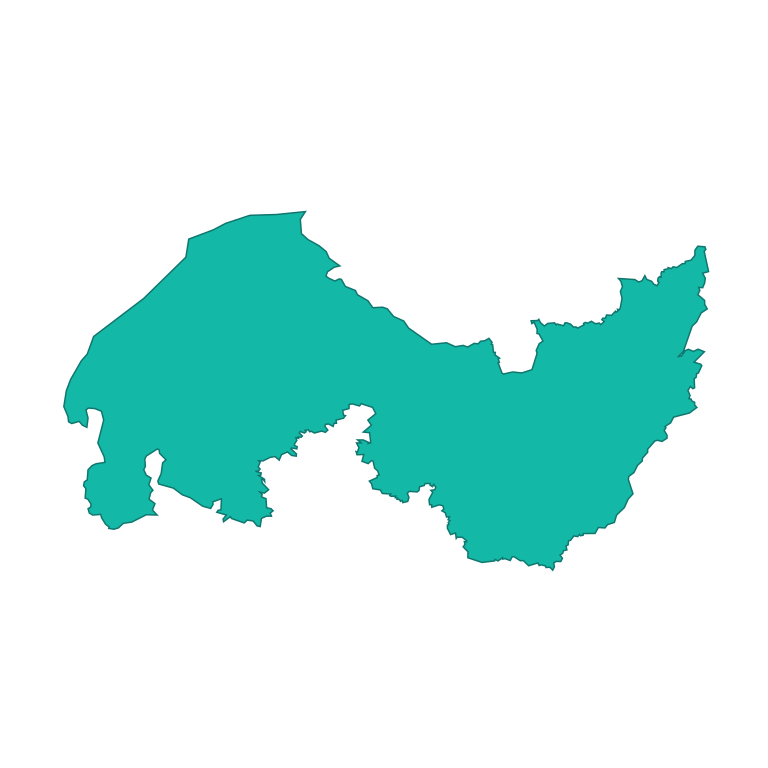 North East Gonja, Northern, Ghana (Robinson projection), rotated 99°
{"feature_id": "2480657B30922977157044", "entity_name": "North East Gonja", "entity_type": "district", "adm_level": 2, "iso_a3": "GHA", "parent_name": "Ghana", "parent_adm1": "Northern", "projection": "robinson", "projection_center": [-0.531, 8.741], "detail": "fine", "context": "isolated", "style": "filled", "palette": "teal", "viewbox_px": 768, "rotation_deg": 99, "n_neighbors": 0, "source": "geoboundaries", "source_scale": "gbopen_adm2", "svg_char_len": 6116}
<svg xmlns="http://www.w3.org/2000/svg" viewBox="0 0 768 768"><g transform="rotate(99 384 384)"><path d="M541.5,188.2L537.9,187.1L534.2,188.4L532.3,186.2L531.7,181.6L528.2,180.5L525.4,183.4L523.3,181.0L520.6,180.7L519.3,177.4L515.4,178.9L514.2,177.0L510.0,177.2L509.2,175.3L504.4,172.8L504.4,168.8L502.0,167.3L503.1,166.2L502.3,163.7L500.5,163.7L498.6,152.2L492.2,149.8L491.6,143.2L487.9,141.2L484.7,134.8L477.1,133.8L468.5,127.3L459.4,124.8L453.5,120.9L440.0,127.8L436.9,127.7L432.4,123.3L424.6,120.8L419.7,116.9L416.7,117.1L410.2,112.9L407.2,113.4L397.9,107.5L396.8,105.1L397.2,100.4L393.3,96.0L390.4,96.4L386.0,100.0L383.1,98.7L382.0,99.8L377.5,94.8L371.4,92.8L364.9,77.8L358.2,71.3L356.2,73.9L353.5,74.3L352.5,77.5L350.9,78.2L350.8,80.5L347.5,79.9L342.9,82.8L338.6,81.0L340.3,78.2L339.2,76.6L330.3,78.5L328.7,76.8L324.8,76.8L324.0,75.2L316.2,73.0L315.0,74.1L313.9,81.2L302.0,72.6L300.5,79.3L303.4,83.4L302.1,88.7L303.9,91.8L310.0,94.5L309.6,95.9L311.6,98.1L304.9,93.4L278.7,88.7L273.8,85.0L264.1,81.8L259.3,76.5L255.2,79.7L251.3,80.4L246.7,88.0L242.2,86.7L239.4,88.3L239.0,84.3L234.1,83.1L229.3,83.2L224.7,86.6L222.2,81.0L202.9,88.5L200.7,87.2L198.3,88.5L198.8,95.6L203.2,97.8L208.4,97.1L213.7,100.2L215.8,105.6L218.0,105.5L218.5,108.2L223.1,113.0L223.0,116.8L225.1,118.2L224.6,121.6L225.8,121.5L227.2,125.2L229.4,125.0L229.6,127.2L231.3,127.7L235.1,126.9L234.8,128.6L236.7,129.9L239.8,129.7L240.7,128.3L244.2,129.6L243.2,133.2L240.7,135.7L239.6,140.9L236.2,143.3L241.7,145.3L243.4,148.4L241.6,152.6L243.1,168.9L245.4,166.1L250.7,163.7L255.6,165.0L262.1,162.3L271.6,162.5L273.9,163.1L273.7,165.1L275.4,164.5L276.8,166.0L275.9,166.8L280.6,170.0L281.0,175.0L284.5,175.6L284.7,178.1L286.4,178.9L287.8,176.2L291.5,179.2L290.1,180.7L291.4,184.7L289.6,189.0L292.0,192.2L291.7,194.8L293.0,196.4L294.3,195.7L298.5,201.5L297.5,203.4L298.3,205.4L295.7,209.1L295.0,212.8L295.2,214.7L298.3,215.7L297.7,222.5L298.7,223.2L296.9,225.1L298.6,231.8L301.6,234.6L299.0,239.0L295.9,241.2L297.3,242.3L298.5,248.6L301.2,247.4L299.5,245.4L305.9,241.3L310.2,240.8L310.3,238.7L316.7,233.7L319.9,237.0L327.0,238.9L330.0,237.6L346.7,240.1L351.5,249.6L352.0,258.8L355.5,267.7L354.6,269.3L345.2,274.6L344.6,273.5L341.2,275.1L340.4,273.9L337.9,279.0L335.4,279.0L335.6,280.8L328.3,282.8L328.0,284.3L325.9,283.8L322.5,287.5L325.5,291.2L326.7,295.4L329.6,297.2L329.8,301.3L334.4,307.2L333.5,311.9L336.0,319.3L333.5,328.7L337.3,343.2L324.9,368.5L318.7,374.3L315.8,385.1L309.2,392.5L308.4,397.5L310.4,407.0L304.3,412.9L300.0,424.2L296.1,426.9L293.7,437.4L287.4,442.4L287.2,444.6L290.0,448.7L288.1,455.2L286.5,458.2L282.0,457.4L276.4,451.4L274.3,446.1L268.4,457.8L262.2,461.9L257.6,469.8L253.2,481.8L248.4,489.1L234.5,492.4L226.0,488.6L233.4,516.6L238.4,542.9L250.1,565.5L258.5,576.8L271.4,599.5L289.7,599.5L337.1,634.7L382.5,678.2L401.0,681.8L408.3,686.5L428.4,694.2L440.3,696.7L456.4,696.7L465.4,691.1L470.7,689.6L471.9,686.2L468.6,679.2L471.8,675.5L473.3,670.7L463.9,671.0L456.3,674.3L454.0,672.3L453.5,665.8L455.1,658.8L463.5,655.2L487.0,657.4L499.8,648.9L505.1,647.4L507.8,655.9L510.3,659.6L515.0,662.9L525.1,662.1L527.6,664.7L531.5,664.8L534.0,662.1L543.5,661.3L544.0,658.6L548.2,654.7L551.3,654.4L553.5,656.8L557.5,654.9L559.0,651.2L557.1,643.3L560.2,642.1L566.1,637.0L568.3,633.1L569.7,633.3L569.7,628.1L567.7,623.8L562.4,619.7L559.9,611.6L550.3,598.3L548.9,587.6L544.7,593.0L538.0,591.5L534.5,598.0L528.0,597.5L525.1,595.6L520.4,600.5L513.3,599.4L511.3,604.5L506.2,607.9L502.7,606.8L495.7,608.5L492.3,607.5L483.6,597.7L484.2,595.8L487.6,594.8L492.9,587.5L496.5,590.3L507.5,590.1L515.2,592.2L518.0,590.9L519.8,575.7L525.0,565.8L526.6,557.6L533.1,543.9L534.0,535.7L529.6,534.0L527.2,534.7L522.8,526.6L533.8,525.4L534.6,528.0L536.8,529.1L538.1,519.1L542.5,521.8L545.1,520.9L539.0,514.9L540.7,513.6L543.1,500.3L539.8,497.8L539.8,491.8L544.0,487.1L544.2,484.0L535.9,484.0L532.9,479.4L532.2,474.5L529.2,476.2L526.6,473.7L524.9,476.0L524.5,480.6L515.7,482.6L514.7,487.3L512.1,487.1L510.2,489.7L510.5,485.1L506.5,481.4L500.9,488.7L497.3,490.0L496.8,488.7L499.0,486.6L496.8,487.1L494.0,493.5L493.4,491.5L491.1,491.3L490.3,497.4L489.6,494.5L487.4,493.1L485.5,495.3L480.6,494.1L479.4,495.8L478.9,491.5L474.2,484.9L472.7,480.2L475.6,475.6L469.8,474.2L466.2,468.7L469.0,464.1L469.0,459.4L466.8,459.5L462.5,465.8L461.6,465.4L461.7,459.9L459.5,459.9L458.8,462.7L457.2,463.0L453.4,461.3L450.9,462.6L451.0,460.0L449.9,460.8L449.4,457.3L448.1,456.5L445.7,460.0L444.0,459.4L444.9,455.0L443.4,453.5L442.1,454.7L441.1,451.5L442.8,450.0L442.1,448.4L443.3,445.1L440.2,438.1L440.9,434.4L438.3,432.3L434.9,435.9L432.9,435.3L432.2,432.3L433.9,427.6L430.7,427.2L430.2,424.8L427.2,425.7L424.1,418.7L421.3,417.1L421.2,419.0L416.5,420.7L413.7,414.7L409.7,415.3L408.6,412.3L409.5,404.8L407.0,403.4L408.9,391.6L414.6,387.5L422.2,394.3L426.7,390.0L434.7,396.9L434.4,390.6L444.2,387.9L445.2,390.3L444.1,389.9L442.5,395.8L443.4,401.3L445.7,397.4L446.5,401.9L450.8,398.8L455.4,399.6L455.1,401.0L458.1,399.6L456.8,392.9L463.8,393.7L465.1,387.2L461.6,384.3L461.9,382.7L468.6,380.1L470.8,376.7L474.5,374.6L475.5,376.5L477.4,376.0L482.2,383.3L484.4,380.7L489.2,378.7L489.2,371.1L492.4,368.5L491.6,360.1L493.3,360.9L493.8,359.4L492.9,354.8L494.5,355.2L494.6,352.8L495.8,353.1L495.8,350.4L497.3,349.4L496.2,347.7L498.2,346.8L496.3,342.2L492.2,341.6L488.2,343.9L486.1,342.2L485.4,334.3L483.8,332.8L479.9,332.8L478.0,328.4L475.9,327.8L475.1,323.0L476.7,322.7L477.8,320.0L475.4,319.2L477.8,316.7L480.5,317.2L481.7,321.1L483.4,318.9L491.1,321.5L496.1,320.1L495.9,318.0L498.3,317.5L494.7,310.5L495.0,306.9L498.2,305.3L500.2,307.0L501.6,303.3L505.6,301.4L504.9,298.6L508.0,299.5L508.7,297.5L510.8,298.9L512.7,297.9L513.4,299.3L516.6,298.8L522.3,294.7L520.0,290.0L525.2,288.5L523.8,287.7L523.1,282.9L525.7,278.0L526.9,277.7L527.0,280.0L529.7,279.0L532.5,280.3L536.6,274.8L542.5,274.0L544.9,259.3L541.4,247.0L539.9,246.9L540.9,243.6L537.0,239.8L538.4,239.5L537.6,237.1L538.6,231.7L534.7,230.4L534.2,228.7L537.2,221.8L536.7,218.7L540.9,212.7L536.7,204.1L539.0,202.3L538.0,200.3L538.4,196.1L539.9,195.3L539.1,191.4L541.5,188.2Z" fill="#14b8a6" stroke="#0f766e" stroke-width="1.5"/></g></svg>